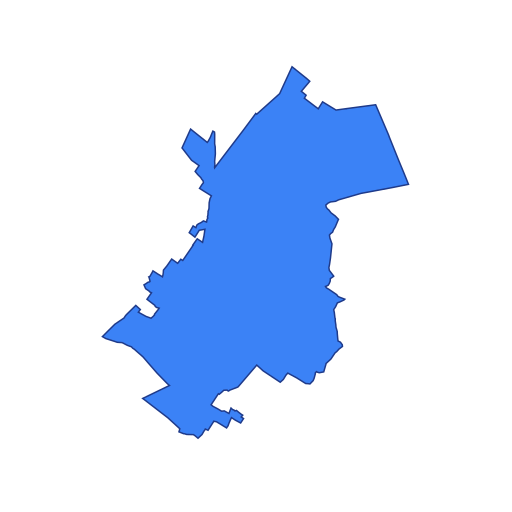 Yaxkukul, Yucatán, Mexico, rotated 120°
{"feature_id": "50627088B96135339135610", "entity_name": "Yaxkukul", "entity_type": "district", "adm_level": 2, "iso_a3": "MEX", "parent_name": "Mexico", "parent_adm1": "Yucatán", "projection": "albers", "projection_center": [-89.436, 21.056], "detail": "fine", "context": "isolated", "style": "filled", "palette": "blue", "viewbox_px": 512, "rotation_deg": 120, "n_neighbors": 0, "source": "geoboundaries", "source_scale": "gbopen_adm2", "svg_char_len": 3938}
<svg xmlns="http://www.w3.org/2000/svg" viewBox="0 0 512 512"><g transform="rotate(120 256 256)"><path d="M272.6,154.9L272.5,155.0L270.8,155.9L270.0,156.8L265.8,159.9L263.6,161.9L260.1,161.7L255.9,162.1L253.7,160.3L250.1,157.8L249.0,157.5L249.9,163.1L250.0,164.8L249.1,166.8L248.4,176.2L248.4,179.1L247.6,180.6L247.1,180.1L245.3,178.9L243.2,178.8L240.6,179.2L238.4,180.3L235.5,178.9L234.6,178.6L232.8,182.9L231.8,185.3L229.6,187.1L226.8,188.0L220.5,190.5L207.5,196.3L204.6,199.7L203.5,201.0L201.1,202.9L199.2,202.5L197.1,201.6L194.5,202.0L191.1,201.9L184.2,202.8L183.0,202.9L181.7,207.5L181.1,212.6L179.7,216.0L179.5,217.7L178.6,219.6L177.0,221.0L174.1,220.0L171.9,218.5L170.8,217.0L168.8,214.4L166.0,212.5L149.2,196.3L143.0,189.0L142.9,188.9L127.9,171.4L117.7,159.8L113.9,164.6L109.4,170.4L101.5,180.7L86.2,200.2L85.7,200.7L85.3,201.3L84.9,201.7L65.8,227.2L65.7,227.3L65.2,228.0L69.9,234.1L70.0,234.2L70.1,234.4L83.4,251.7L83.5,251.7L83.5,251.8L89.6,259.7L89.2,275.4L97.4,275.7L97.1,277.8L96.9,279.8L96.7,281.2L95.2,293.0L91.7,293.0L90.7,299.1L77.8,296.8L77.1,300.2L74.1,319.4L103.6,316.7L112.5,319.6L132.9,326.3L132.7,327.5L132.9,327.5L133.0,327.5L154.3,330.0L182.2,333.6L200.3,335.9L199.8,336.3L197.4,337.3L194.8,339.1L188.6,341.9L187.6,342.4L181.9,345.9L179.5,347.9L171.1,352.7L169.4,353.9L169.4,355.8L172.7,355.4L176.0,354.9L180.6,354.8L182.0,355.0L178.8,376.1L199.4,374.1L205.3,359.7L206.2,350.5L213.2,351.0L214.6,347.2L215.1,345.3L215.6,343.4L215.6,343.2L216.5,341.7L217.3,339.5L218.8,338.2L219.4,338.2L220.9,338.5L225.7,338.7L226.2,324.7L229.4,324.5L233.3,323.2L238.3,320.5L240.3,320.0L241.3,319.9L241.9,319.4L242.7,319.1L244.6,318.1L246.5,317.6L247.2,316.7L248.9,316.7L250.1,316.2L251.3,315.8L251.9,319.1L254.4,320.2L257.0,322.0L258.8,322.7L261.5,322.2L261.4,325.5L269.2,325.5L269.5,323.0L270.2,318.3L262.1,318.0L258.4,313.6L264.6,311.1L270.9,309.1L270.5,315.5L278.1,316.2L278.1,315.8L296.5,317.2L296.4,319.5L301.5,320.2L300.8,327.5L309.1,328.2L314.4,329.1L315.4,328.7L316.2,328.2L317.2,327.8L318.6,327.2L320.8,326.6L320.7,330.2L320.7,332.9L320.6,333.2L320.5,335.6L320.4,337.8L322.0,337.7L326.7,337.7L327.7,338.4L327.8,338.2L328.0,337.9L328.2,337.7L330.9,335.1L331.6,335.2L332.5,336.2L333.2,336.7L334.5,337.2L337.0,338.6L339.5,335.2L339.8,331.1L340.2,330.2L340.1,328.1L348.0,328.8L349.3,319.0L349.9,318.3L350.3,316.6L349.6,313.8L351.2,313.9L357.2,314.8L357.9,314.4L358.6,314.6L359.4,314.8L359.8,314.9L362.4,315.8L362.4,316.2L363.3,320.9L363.5,329.8L360.2,329.4L358.9,335.4L370.8,338.7L372.5,339.1L373.4,339.2L375.7,339.3L385.6,344.1L393.9,346.4L402.6,348.7L402.6,344.8L400.7,336.0L400.1,333.0L398.0,328.7L397.9,327.8L397.7,322.9L397.2,319.9L396.9,318.5L397.5,316.7L397.6,314.7L399.9,303.3L402.5,295.9L406.9,283.1L410.9,268.9L411.4,266.2L436.0,282.9L440.2,251.4L443.7,235.6L446.8,234.8L446.1,229.8L445.7,229.1L445.2,226.8L442.0,220.9L442.1,219.1L442.8,215.1L437.6,213.5L433.5,213.5L432.4,213.3L431.2,213.4L430.9,210.4L420.1,209.9L420.0,209.2L419.3,207.4L419.6,195.5L419.0,195.5L417.1,195.3L414.3,195.8L410.0,196.3L408.2,196.4L408.3,195.0L408.5,191.8L408.4,188.9L408.3,185.8L403.0,185.5L402.8,188.3L400.5,187.9L400.4,190.0L400.3,190.5L400.0,192.9L399.5,195.7L400.7,196.7L400.4,198.2L400.7,199.3L400.2,201.6L405.9,200.7L406.0,206.0L407.6,208.2L407.5,212.2L407.7,218.3L407.3,220.5L394.1,219.7L394.1,218.7L391.7,217.8L389.9,217.2L388.4,216.8L386.6,214.0L386.8,213.2L386.7,212.3L385.1,211.5L378.6,206.2L377.9,206.0L350.1,200.8L351.9,192.4L353.2,171.9L349.2,170.6L344.3,170.5L341.5,169.9L341.2,159.7L341.6,149.2L340.6,147.2L339.8,145.3L335.4,144.2L332.9,144.5L328.4,145.7L327.6,146.2L325.9,145.8L326.0,145.1L325.5,142.9L324.5,141.7L322.5,139.4L314.8,141.3L314.1,141.6L307.7,139.6L300.4,139.1L298.4,138.3L295.1,137.6L291.1,135.9L289.7,136.9L288.4,139.8L288.6,142.4L287.4,143.4L282.7,146.7L280.8,147.9L280.1,148.6L277.8,151.0L276.3,152.1L276.0,152.2L272.6,154.9L272.6,154.9Z" fill="#3b82f6" stroke="#1e3a8a" stroke-width="1.5"/></g></svg>